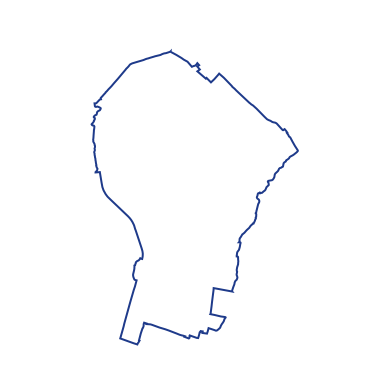 Dimacheni, Botosani, Romania (Albers equal-area conic projection), rotated 252°
{"feature_id": "2599482B21601290195864", "entity_name": "Dimacheni", "entity_type": "district", "adm_level": 2, "iso_a3": "ROU", "parent_name": "Romania", "parent_adm1": "Botosani", "projection": "albers", "projection_center": [26.55, 47.903], "detail": "fine", "context": "isolated", "style": "outline", "palette": "blue", "viewbox_px": 384, "rotation_deg": 252, "n_neighbors": 0, "source": "geoboundaries", "source_scale": "gbopen_adm2", "svg_char_len": 6051}
<svg xmlns="http://www.w3.org/2000/svg" viewBox="0 0 384 384"><g transform="rotate(252 192 192)"><path d="M290.8,257.6L296.2,254.4L295.1,252.7L292.4,248.1L290.4,243.9L296.0,241.1L295.5,240.2L305.1,234.4L306.1,237.3L309.7,235.8L310.4,238.0L312.9,236.9L312.0,235.7L311.7,235.2L311.4,234.4L311.2,233.7L311.3,232.2L311.1,230.6L317.3,228.0L320.4,225.1L322.7,223.4L327.2,219.5L331.7,215.2L332.1,214.9L332.3,215.0L332.2,214.8L332.1,213.2L332.1,210.3L332.2,209.4L332.4,208.6L332.4,207.1L332.3,205.6L332.1,204.7L332.1,204.0L332.2,202.7L332.5,198.7L332.5,197.2L332.6,193.9L332.6,191.6L332.7,190.4L332.7,189.1L332.5,186.7L332.6,182.9L332.7,179.6L332.8,174.9L332.5,172.8L332.3,172.3L331.9,171.7L330.9,170.2L329.9,168.3L329.6,167.6L329.0,166.8L322.5,156.4L319.5,151.3L317.5,148.1L316.2,145.7L315.6,144.5L314.2,142.2L313.6,140.9L313.5,140.7L313.3,140.6L313.0,140.2L311.9,138.2L311.1,136.9L309.7,134.4L309.4,134.1L308.3,134.1L308.4,133.2L308.3,132.7L308.2,132.4L306.1,128.6L306.0,128.3L306.1,127.8L306.4,126.7L303.8,126.2L303.4,126.2L303.0,126.4L302.8,126.6L302.6,127.0L302.5,128.4L302.0,129.1L301.4,129.8L300.6,130.6L300.1,131.0L299.6,131.0L299.3,130.8L298.5,130.0L298.2,129.5L298.1,128.8L297.9,127.6L297.7,127.2L297.5,126.8L297.4,126.6L296.4,125.9L296.0,125.8L295.7,125.6L295.0,125.0L295.0,124.7L294.9,123.6L294.6,122.9L294.4,122.7L294.2,122.1L294.0,121.9L293.4,121.7L293.1,121.8L292.6,122.3L292.3,122.4L291.8,122.3L291.2,122.0L290.9,121.8L290.4,121.0L290.1,120.7L289.6,120.6L288.9,119.8L288.3,118.9L287.6,117.6L287.3,117.4L286.6,117.6L286.3,117.8L286.0,118.1L285.8,118.7L285.6,119.0L285.1,119.3L284.5,119.4L284.1,119.3L281.9,118.3L281.3,117.9L280.2,117.5L276.3,115.9L274.5,115.2L273.6,114.8L273.3,114.7L272.4,114.2L271.6,114.1L270.8,113.8L270.3,113.7L269.7,113.8L268.2,114.1L267.5,114.1L266.4,113.9L266.1,114.0L265.6,113.9L265.2,113.8L264.5,113.5L263.3,112.7L262.4,112.7L261.7,112.5L261.1,112.1L260.6,111.6L260.1,111.3L259.2,111.2L258.5,111.2L257.3,110.8L256.5,110.8L255.0,110.5L253.5,110.4L251.9,110.0L251.3,110.0L249.9,109.7L247.7,109.4L247.3,109.4L247.1,109.4L246.9,109.1L246.7,109.0L245.7,109.0L244.5,109.0L243.5,109.3L242.6,108.9L242.2,108.6L241.6,108.0L241.2,107.3L240.7,106.4L240.4,106.3L239.4,110.5L230.2,109.1L228.9,108.9L224.3,108.3L220.8,108.4L216.7,109.2L215.2,109.7L213.5,110.3L209.7,112.3L188.6,123.7L186.2,124.8L184.2,125.5L181.8,126.1L179.1,126.5L178.0,126.6L174.5,126.5L172.6,126.6L154.1,126.7L151.2,126.6L148.8,126.2L147.3,125.7L145.8,125.1L143.7,123.9L144.3,122.9L145.0,122.3L144.2,121.4L144.0,121.2L143.4,120.0L143.3,118.6L143.0,118.0L142.7,117.2L142.2,116.7L141.6,116.5L140.9,115.8L140.3,115.5L140.0,115.3L140.0,115.0L139.9,114.5L139.3,114.4L138.3,114.0L136.9,113.5L135.4,112.7L132.3,110.8L131.3,110.3L129.6,110.0L128.9,110.0L127.2,110.1L126.6,110.2L126.0,110.6L125.1,112.0L119.7,108.5L116.9,106.4L106.3,99.2L87.7,86.9L85.2,85.4L74.9,78.5L66.3,89.6L63.9,92.9L64.9,93.7L65.4,94.6L66.5,95.7L66.8,96.1L67.2,95.7L73.3,99.6L76.7,102.1L77.4,102.6L77.6,102.8L77.6,103.0L78.8,104.1L79.4,104.5L81.2,105.2L81.6,105.4L82.5,106.1L80.8,108.4L80.4,108.0L79.0,111.5L78.2,112.7L73.2,119.1L69.6,124.3L67.3,127.3L62.1,133.7L60.0,136.2L58.9,137.8L58.1,139.2L57.0,140.7L56.6,140.1L53.7,143.7L53.8,143.9L53.9,144.3L54.1,144.5L54.8,144.9L55.6,145.0L56.0,145.2L56.3,145.5L51.8,151.4L51.2,152.7L52.6,153.7L54.2,154.8L56.1,155.9L56.3,156.1L56.4,156.3L56.4,156.5L56.2,156.8L57.0,157.3L56.1,159.1L54.7,158.4L52.7,162.5L54.6,163.9L57.4,165.7L53.5,171.0L53.0,171.5L52.7,172.0L52.6,172.9L53.0,174.1L53.2,174.6L54.1,176.6L54.9,177.4L55.5,177.8L56.6,178.9L57.2,179.6L58.2,181.0L59.3,182.3L61.1,183.6L62.0,184.9L62.2,185.2L62.3,185.2L62.5,185.2L62.8,184.9L63.1,184.3L63.8,182.9L64.7,181.0L68.0,175.6L70.2,171.7L70.6,172.1L71.2,172.4L77.3,175.3L81.5,177.2L91.9,182.1L93.9,182.9L91.1,188.1L84.9,199.5L85.2,199.4L85.7,199.6L88.7,201.8L89.7,202.6L90.9,203.6L91.7,204.1L92.4,204.4L93.1,204.9L94.1,205.9L94.7,207.3L95.1,207.7L96.4,208.7L97.9,208.9L99.0,208.8L99.6,208.9L100.2,209.1L101.1,209.7L102.3,210.3L102.9,210.2L104.2,210.5L106.5,211.7L109.0,213.5L110.4,214.0L111.7,214.6L113.5,215.0L115.9,215.7L116.3,215.6L116.6,215.4L116.9,214.6L117.6,214.8L118.1,215.1L120.4,216.2L121.1,216.8L122.4,218.7L123.2,219.3L125.0,220.5L127.5,221.8L128.1,222.2L128.6,222.5L128.9,222.5L129.2,222.4L129.4,222.1L129.7,221.1L130.1,221.7L130.6,222.0L132.5,222.7L133.1,223.1L134.2,224.6L135.9,226.5L136.2,226.9L136.2,227.2L136.6,228.1L137.0,229.2L138.4,231.5L139.0,232.6L140.2,235.3L141.8,237.4L142.6,239.2L142.9,239.8L143.3,240.4L143.0,240.8L143.8,241.6L145.4,243.1L146.0,243.4L146.8,244.3L147.2,244.6L147.6,244.5L148.1,244.7L148.5,245.3L150.8,246.2L151.5,246.3L151.8,246.3L152.0,246.0L152.3,246.1L152.7,246.7L153.0,246.9L153.8,247.3L155.7,248.5L159.4,250.8L160.5,251.6L161.2,252.5L162.2,253.1L163.1,253.3L164.1,253.2L165.7,252.1L166.3,252.0L166.8,252.0L167.5,252.4L168.1,253.0L168.9,253.5L169.6,253.8L170.1,254.3L170.4,254.8L170.2,255.6L169.8,256.0L169.7,256.4L169.8,256.5L170.4,256.3L170.5,256.4L170.1,256.9L169.6,257.9L169.6,258.4L170.5,260.4L170.8,261.5L171.4,262.5L173.6,264.4L174.2,265.7L175.0,267.2L176.0,267.4L177.1,267.6L178.0,267.3L178.6,267.4L179.0,268.0L178.7,270.5L178.5,271.6L178.8,272.7L179.7,273.9L180.7,274.9L183.0,276.1L183.8,276.9L185.3,280.1L185.8,280.7L187.2,282.0L187.6,282.9L187.6,283.8L187.6,284.6L187.9,285.1L187.9,286.0L188.3,286.5L191.0,288.0L191.6,288.9L191.9,289.9L192.0,290.2L192.1,290.7L192.8,291.1L193.2,291.8L193.2,292.2L193.4,292.9L193.6,293.5L194.0,294.6L194.7,295.3L195.1,295.9L195.4,297.0L195.8,299.3L196.2,300.6L197.5,304.0L198.3,305.3L198.8,305.5L201.1,304.9L204.1,304.1L209.0,303.1L213.6,302.3L214.5,301.6L215.0,301.4L216.6,301.2L218.8,300.5L218.9,301.0L221.0,300.4L223.2,299.5L223.1,299.0L222.6,298.0L222.7,297.6L222.9,297.4L223.2,297.2L230.8,293.8L231.5,293.3L232.2,292.6L233.4,290.5L234.0,289.8L235.4,288.7L236.8,287.0L238.1,285.8L241.1,284.2L251.2,279.2L255.4,276.8L257.2,275.3L258.2,274.8L258.8,274.3L272.8,266.6L273.6,266.2L274.6,265.6L276.9,264.5L279.7,262.8L280.3,262.7L281.6,262.1L290.8,257.6Z" fill="none" stroke="#1e3a8a" stroke-width="2"/></g></svg>